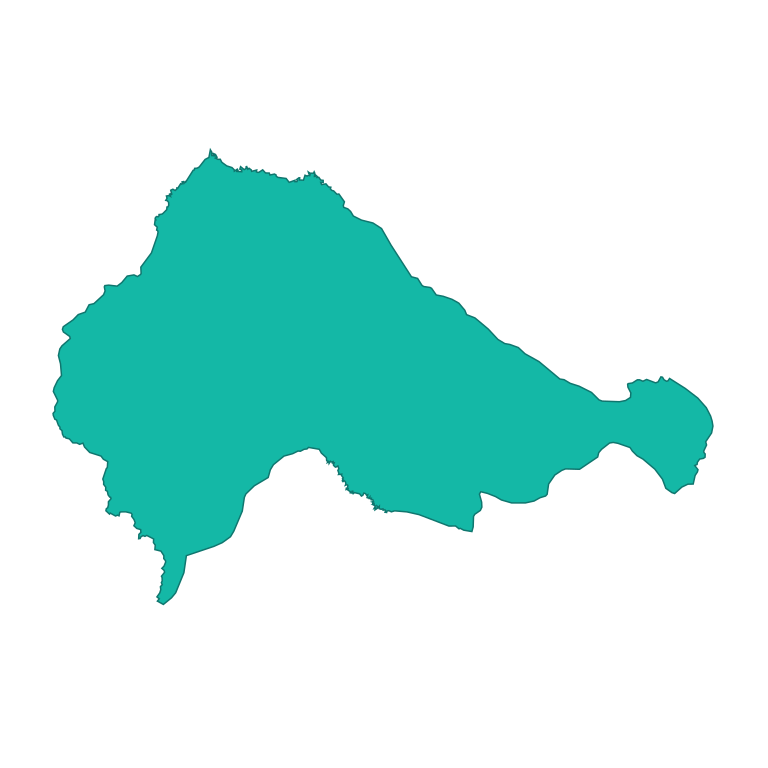 Khamkeuth, Bolikhamxai, Laos (orthographic projection), rotated 182°
{"feature_id": "54806243B83345748269493", "entity_name": "Khamkeuth", "entity_type": "district", "adm_level": 2, "iso_a3": "LAO", "parent_name": "Laos", "parent_adm1": "Bolikhamxai", "projection": "orthographic", "projection_center": [104.952, 18.216], "detail": "fine", "context": "isolated", "style": "filled", "palette": "teal", "viewbox_px": 768, "rotation_deg": 182, "n_neighbors": 0, "source": "geoboundaries", "source_scale": "gbopen_adm2", "svg_char_len": 6143}
<svg xmlns="http://www.w3.org/2000/svg" viewBox="0 0 768 768"><g transform="rotate(182 384 384)"><path d="M602.9,159.1L596.8,156.0L588.9,162.9L584.9,168.1L577.4,188.4L575.5,205.6L548.3,215.8L540.1,219.8L532.1,226.0L529.0,231.6L521.2,252.0L519.6,265.8L518.2,269.3L510.0,277.8L496.5,286.5L494.6,294.3L491.7,299.5L481.4,308.5L472.8,311.2L467.6,314.0L465.2,313.9L461.5,316.0L458.7,316.4L457.2,318.0L446.4,316.5L444.2,312.8L439.0,308.4L438.6,305.3L437.1,304.9L437.7,303.6L436.3,304.3L436.1,302.7L434.8,304.9L433.8,304.2L432.2,304.7L432.6,303.2L431.0,303.5L431.8,301.4L430.5,299.8L429.3,299.2L427.2,300.5L426.2,297.7L427.1,296.1L425.9,292.9L426.3,292.0L423.1,292.4L423.4,291.3L421.4,288.7L422.2,287.8L421.6,287.0L422.3,285.8L421.6,285.0L420.5,286.0L419.2,285.0L418.6,282.8L419.1,281.4L417.5,282.1L416.6,281.5L416.8,278.8L418.0,278.6L418.2,277.2L416.2,277.9L416.4,276.8L413.9,275.2L414.0,274.1L411.9,273.9L412.3,275.6L411.5,275.8L410.9,273.4L409.7,274.4L404.5,273.4L402.7,271.2L401.3,272.0L400.3,274.3L398.6,273.8L397.6,272.3L396.4,272.8L397.0,269.9L395.3,269.4L394.3,270.5L394.5,269.1L393.8,269.3L393.1,268.3L393.4,269.2L392.6,269.4L392.6,267.8L391.2,268.0L390.4,266.3L391.7,265.8L391.0,265.6L391.1,264.4L389.4,264.9L390.0,264.4L389.6,263.2L390.8,263.0L388.3,261.8L389.6,259.2L388.2,259.7L388.5,258.0L385.9,259.8L386.4,261.5L385.3,260.6L384.4,261.7L384.4,259.2L382.5,258.7L380.7,259.2L380.5,257.9L378.7,258.3L378.0,257.1L378.5,255.9L376.9,255.7L376.7,257.1L374.7,257.6L372.2,256.5L368.9,257.6L356.7,257.0L344.5,254.7L314.2,244.3L307.5,244.6L304.0,241.9L302.7,242.4L299.2,240.7L291.0,239.6L289.9,244.3L289.9,254.8L288.7,257.0L283.3,261.0L281.9,264.3L282.3,269.3L284.8,277.3L283.5,279.7L276.8,278.3L268.6,275.4L262.6,272.2L252.3,269.6L238.5,270.1L229.9,272.3L224.1,275.8L218.6,277.7L217.1,279.5L216.0,289.8L210.1,299.0L203.3,303.9L199.6,305.5L185.6,305.6L167.9,318.5L167.0,322.9L164.2,326.4L156.5,332.9L152.9,333.6L148.2,332.9L135.9,329.1L133.4,325.6L128.7,321.2L122.6,318.0L110.4,308.4L102.4,298.6L98.7,289.6L92.5,285.5L89.7,284.7L82.7,291.4L76.8,294.5L71.5,294.8L69.9,303.4L67.7,307.1L67.2,309.3L70.6,313.4L68.3,314.5L68.1,316.7L65.9,320.0L62.2,320.8L60.6,322.0L60.6,325.3L61.9,326.7L62.1,328.2L59.5,334.3L60.5,337.5L54.9,346.5L53.8,353.4L54.8,358.4L56.5,363.4L61.1,371.6L69.9,380.9L82.8,390.1L98.8,399.5L100.3,397.1L101.7,396.6L104.3,398.0L105.9,400.5L107.5,400.8L110.1,395.7L112.6,394.6L121.7,397.7L125.3,395.8L128.7,397.1L131.0,397.0L135.8,393.7L140.0,392.9L140.5,392.3L140.1,389.3L137.0,383.7L137.2,379.2L142.0,375.9L148.1,374.5L165.3,374.5L168.5,375.6L176.3,382.8L188.9,388.6L198.0,391.2L204.2,394.6L208.4,395.1L229.9,411.8L244.1,419.1L251.0,425.1L259.6,427.9L264.7,428.6L271.7,432.5L281.8,442.6L295.4,453.2L303.9,456.2L305.8,460.5L312.0,467.4L319.0,471.0L327.8,473.7L334.9,474.8L339.8,481.3L341.4,482.1L347.7,482.8L349.5,483.9L354.1,490.7L360.3,492.1L381.8,523.0L391.9,539.3L400.6,544.5L412.2,547.0L420.5,550.8L423.4,555.3L426.3,557.8L430.4,559.1L430.9,560.9L429.9,564.7L435.7,572.3L437.7,572.0L441.0,575.2L443.0,575.7L444.4,577.1L444.0,578.8L446.3,579.0L449.0,582.0L453.3,581.1L454.3,583.3L451.8,583.4L451.9,585.4L454.3,585.6L456.4,588.3L458.2,588.1L457.9,589.0L459.8,590.6L460.0,589.1L460.8,589.0L460.5,592.2L461.2,593.6L461.8,592.2L465.3,592.1L467.0,593.2L466.5,591.7L465.2,590.8L465.5,589.6L466.8,589.9L468.1,589.1L470.2,589.9L471.6,584.9L475.6,584.9L475.4,587.1L476.1,587.2L478.4,585.4L477.6,584.1L478.1,583.2L480.1,583.1L480.1,584.5L485.8,582.2L489.0,586.0L497.4,586.8L499.0,588.0L499.2,589.2L500.8,590.0L505.3,588.9L506.0,590.8L509.8,590.8L512.7,593.8L516.4,591.2L517.7,591.1L519.0,591.6L518.7,593.4L523.7,591.9L524.1,593.3L526.4,594.9L527.6,593.9L528.8,596.5L529.5,596.1L529.2,594.7L531.2,593.4L534.9,596.2L535.6,593.7L533.7,593.0L533.6,591.2L538.6,591.3L538.8,592.2L537.5,592.6L538.1,593.6L541.0,591.5L541.2,592.9L543.5,595.0L548.8,596.5L553.8,599.9L555.5,602.9L557.7,602.7L560.4,603.9L558.8,604.8L560.4,607.5L563.3,608.7L561.1,606.1L564.1,606.3L564.2,609.7L565.7,612.0L566.9,604.3L570.6,602.2L576.2,594.5L578.2,593.2L580.8,592.9L581.0,591.4L582.2,590.9L589.3,578.8L589.8,579.3L590.9,577.6L591.5,579.3L592.9,578.9L592.4,577.7L593.0,576.7L594.2,577.1L596.8,572.7L597.9,572.7L597.8,571.7L599.5,570.1L601.8,571.3L603.9,570.2L602.7,566.3L603.5,565.7L604.3,566.6L605.0,566.2L604.0,564.1L605.5,564.8L608.0,564.3L607.3,562.0L608.5,559.9L606.9,559.6L605.6,558.0L605.4,555.1L606.1,553.5L607.1,553.3L607.2,550.7L610.7,546.9L611.9,546.0L614.7,545.5L614.4,544.8L615.6,543.2L616.9,543.5L618.1,542.6L618.5,541.4L617.8,540.2L618.4,540.2L618.9,535.2L616.1,532.8L616.6,529.9L615.6,529.4L615.1,528.0L615.7,524.2L621.0,506.9L631.1,492.3L630.6,485.9L631.2,484.9L634.1,482.8L637.7,484.3L644.4,482.9L649.6,476.2L654.1,472.5L662.6,473.2L666.4,472.6L666.9,471.3L666.0,467.2L667.4,463.4L676.7,454.2L681.5,452.9L685.1,445.4L692.0,442.7L697.0,437.2L706.5,430.1L707.3,427.4L706.2,424.8L699.8,420.6L699.1,418.5L707.2,410.9L709.2,407.7L710.4,401.1L708.0,392.9L706.6,381.2L710.4,375.9L713.5,368.8L714.2,365.0L709.6,356.4L709.6,354.8L712.2,349.6L711.9,345.3L713.7,343.1L713.4,341.1L711.7,337.3L710.0,336.6L708.0,331.5L706.3,329.5L706.3,327.9L704.2,326.2L703.6,322.7L702.1,319.9L700.7,320.0L700.0,318.9L696.5,318.2L692.9,314.3L689.0,314.4L686.1,313.1L682.8,314.4L681.1,310.6L675.7,305.3L664.3,302.1L661.8,299.0L657.4,296.8L657.6,290.9L658.6,289.7L661.7,279.2L660.7,276.6L660.7,273.9L658.5,271.2L658.5,268.1L656.7,267.1L655.9,263.6L654.2,261.4L653.3,261.3L652.8,259.8L655.3,256.7L655.2,253.4L655.8,250.8L657.2,249.6L657.5,247.6L653.8,244.4L653.0,245.4L647.7,242.7L645.8,243.6L644.2,243.0L643.6,246.4L642.7,247.0L637.4,247.2L632.2,246.1L631.2,244.9L631.6,243.0L629.1,239.8L627.8,236.6L629.0,233.6L626.0,231.0L622.1,230.0L621.8,227.2L623.7,225.2L623.8,220.8L622.3,221.1L621.7,222.7L619.6,224.1L617.6,223.4L615.8,224.4L608.8,221.1L608.9,217.5L607.0,215.0L607.2,210.5L601.1,209.2L598.0,204.7L598.0,201.8L596.2,199.8L596.0,198.4L597.5,194.3L599.6,192.0L597.2,190.0L596.7,188.2L599.7,184.1L599.0,182.8L598.8,179.3L599.6,177.7L598.6,175.8L600.4,173.6L599.9,170.7L600.8,167.4L603.5,163.3L601.1,161.5L602.9,159.1Z" fill="#14b8a6" stroke="#0f766e" stroke-width="1.5"/></g></svg>